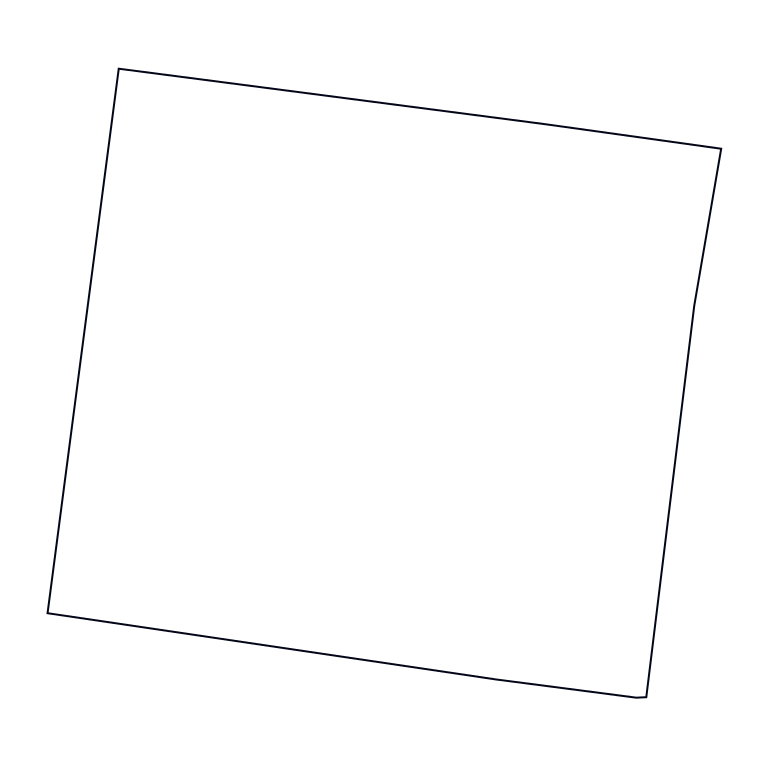 the district of Gentry, Missouri, United States of America, rotated 277°
{"feature_id": "52423323B22410363869477", "entity_name": "Gentry", "entity_type": "district", "adm_level": 2, "iso_a3": "USA", "parent_name": "United States of America", "parent_adm1": "Missouri", "projection": "robinson", "projection_center": [-94.401, 40.211], "detail": "fine", "context": "isolated", "style": "outline", "palette": "ink", "viewbox_px": 768, "rotation_deg": 277, "n_neighbors": 0, "source": "geoboundaries", "source_scale": "gbopen_adm2", "svg_char_len": 272}
<svg xmlns="http://www.w3.org/2000/svg" viewBox="0 0 768 768"><g transform="rotate(277 384 384)"><path d="M661.5,513.0L664.6,82.3L115.5,78.0L104.4,531.3L103.4,672.6L105.1,682.5L499.5,682.4L658.6,690.0L661.5,513.0Z" fill="none" stroke="#020617" stroke-width="2"/></g></svg>